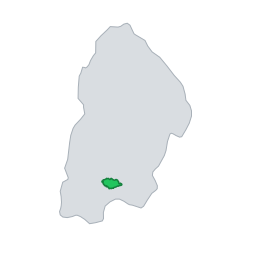 Shermung, Mongar, Bhutan shown in context, rotated 103°
{"feature_id": "84629894B23969892621665", "entity_name": "Shermung", "entity_type": "district", "adm_level": 2, "iso_a3": "BTN", "parent_name": "Bhutan", "parent_adm1": "Mongar", "projection": "natural_earth1", "projection_center": [91.364, 27.466], "detail": "fine", "context": "in_parent", "style": "filled", "palette": "green", "viewbox_px": 256, "rotation_deg": 103, "n_neighbors": 0, "source": "geoboundaries", "source_scale": "gbopen_adm2", "svg_char_len": 4056}
<svg xmlns="http://www.w3.org/2000/svg" viewBox="0 0 256 256"><g transform="rotate(103 128 128)"><path d="M202.4,109.3L202.0,111.0L200.3,115.4L199.2,120.3L200.1,124.2L204.0,128.9L209.2,132.7L215.8,133.0L221.8,131.5L224.3,132.1L227.6,138.4L229.9,143.9L226.8,149.5L225.0,154.4L224.4,157.9L224.8,159.4L226.8,162.3L229.0,167.1L229.4,171.5L227.9,174.5L224.8,175.9L221.5,175.5L218.7,175.6L215.3,176.1L209.9,177.7L204.9,179.8L195.5,179.4L191.7,175.1L189.9,175.0L181.4,180.7L172.1,179.7L155.1,181.6L148.0,182.1L140.7,181.4L137.0,180.2L130.2,176.2L124.0,173.3L117.7,176.0L115.4,176.5L110.4,183.3L99.4,185.6L88.4,187.2L85.2,186.3L79.0,185.9L78.8,184.3L79.0,182.8L77.6,181.5L75.1,180.3L70.8,179.7L65.3,178.0L62.1,176.4L50.9,178.8L44.4,175.2L37.0,170.3L33.2,168.1L31.9,160.4L30.6,158.0L27.7,155.4L26.1,152.3L27.4,149.2L34.8,143.4L35.4,142.0L38.9,131.1L43.7,127.2L48.4,121.7L52.0,112.9L58.8,104.0L66.4,94.8L71.6,87.3L75.0,83.8L82.1,80.0L88.0,77.8L92.1,72.8L97.0,70.0L102.1,68.8L109.6,69.4L116.6,71.2L124.4,73.7L125.3,75.7L124.6,79.3L123.5,82.9L123.4,84.8L124.6,85.8L132.2,86.5L141.5,85.9L146.7,86.4L158.3,89.7L161.7,92.1L165.2,93.9L168.7,93.6L173.1,89.7L177.7,86.4L180.6,85.9L182.6,87.0L186.3,90.1L194.0,93.0L200.8,95.2L203.0,97.3L202.2,106.3L202.4,109.3Z" fill="#d9dde1" stroke="#a8b0b8" stroke-width="1"/><path d="M189.3,136.8L189.3,136.7L189.5,136.6L189.7,136.4L189.9,136.2L190.0,136.1L190.1,135.9L190.0,135.6L190.0,135.4L189.9,135.3L189.8,135.2L189.7,134.9L189.8,134.7L189.9,134.4L190.0,134.2L190.3,134.0L190.4,133.9L190.4,133.7L190.5,133.6L190.5,133.4L190.7,133.2L190.8,133.2L191.0,133.1L191.1,132.9L191.3,132.7L191.2,132.6L191.2,132.4L191.1,132.2L190.9,131.9L190.8,131.7L190.8,131.4L190.8,131.2L190.8,130.8L190.8,130.7L190.7,130.6L190.6,130.4L190.4,130.3L190.3,130.2L190.2,130.1L190.2,129.9L190.2,129.6L190.1,129.4L190.1,129.2L190.0,128.8L189.8,128.9L189.7,128.8L189.5,128.7L189.4,128.6L189.2,128.4L188.9,128.0L188.8,127.6L188.7,127.4L188.5,127.1L188.2,126.6L188.0,126.3L187.9,126.1L187.7,126.0L187.5,125.8L187.3,125.6L187.2,125.4L187.1,125.2L186.8,124.9L186.8,124.5L186.8,124.2L186.7,123.9L186.2,123.7L185.8,123.3L185.7,123.0L185.7,122.8L185.7,122.6L185.7,122.3L185.6,122.1L185.4,122.0L185.3,121.9L185.2,121.6L184.8,121.4L184.7,121.3L184.6,121.0L184.5,120.8L184.5,120.7L184.5,120.8L184.4,121.0L184.2,121.4L184.0,121.7L183.8,122.0L183.7,122.4L183.6,122.7L183.5,122.9L183.6,123.1L183.9,123.4L184.0,123.6L184.0,123.9L184.0,124.2L184.1,124.4L184.0,124.5L183.8,124.5L183.6,124.6L183.4,124.7L183.3,124.8L183.1,124.9L182.9,124.9L182.6,125.1L182.4,125.2L182.3,125.3L182.3,125.5L182.2,125.6L182.1,125.8L181.9,125.9L181.8,126.0L181.7,126.1L181.4,126.2L181.3,126.3L181.2,126.4L181.2,126.6L181.1,126.8L181.1,127.0L180.9,127.3L180.9,127.5L181.0,127.5L181.1,127.9L181.1,128.2L181.1,128.3L181.1,128.5L181.3,128.6L181.5,128.7L181.6,128.8L181.7,129.0L181.8,129.1L181.9,129.3L181.9,129.6L181.9,129.8L181.9,130.1L181.8,130.3L181.8,130.5L181.8,130.9L181.8,131.0L181.7,131.1L181.4,131.5L181.3,132.0L181.2,132.0L181.1,132.3L181.1,132.5L181.0,132.8L180.9,132.9L180.9,133.1L181.0,133.2L181.1,133.3L181.4,133.4L181.5,133.5L181.8,133.7L182.0,133.7L182.1,133.8L182.3,134.0L182.3,134.3L182.2,134.5L182.0,134.9L181.9,135.1L181.7,135.4L181.7,135.5L181.6,135.8L181.8,136.0L181.9,136.5L181.9,136.8L181.9,137.0L181.9,137.3L182.0,137.3L182.3,137.4L182.4,137.5L182.5,137.9L183.0,138.5L183.3,138.8L183.5,139.0L183.8,139.6L184.0,140.2L184.1,140.4L184.3,140.4L184.5,140.5L184.8,140.6L185.2,140.9L185.4,141.1L185.5,141.2L185.6,141.3L185.8,141.2L186.1,141.3L186.3,141.3L186.3,141.2L186.2,141.1L186.2,140.9L185.9,140.9L185.8,140.7L185.8,140.4L185.8,140.2L186.0,140.2L186.2,140.3L186.3,140.3L186.5,140.3L186.6,140.2L186.8,140.0L187.0,140.0L187.0,139.9L187.3,139.7L187.3,139.8L187.4,139.7L187.5,139.7L187.8,139.6L188.0,139.5L188.0,139.4L188.2,139.2L188.3,139.1L188.4,138.9L188.5,138.8L188.5,138.7L188.7,138.4L188.8,138.4L189.0,138.2L189.3,138.0L189.3,137.9L189.4,137.7L189.2,137.5L189.2,137.4L189.2,137.2L189.2,136.9L189.2,136.7L189.3,136.8Z" fill="#22c55e" stroke="#15803d" stroke-width="1.5"/></g></svg>